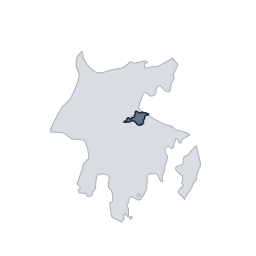 Beylagan District, Beyləqan, Azerbaijan (highlighted), rotated 243°
{"feature_id": "54616110B20470092766685", "entity_name": "Beylagan District", "entity_type": "district", "adm_level": 2, "iso_a3": "AZE", "parent_name": "Azerbaijan", "parent_adm1": "Beyləqan", "projection": "equal_earth", "projection_center": [47.705, 39.846], "detail": "fine", "context": "in_parent", "style": "filled", "palette": "slate", "viewbox_px": 256, "rotation_deg": 243, "n_neighbors": 0, "source": "geoboundaries", "source_scale": "gbopen_adm2", "svg_char_len": 4772}
<svg xmlns="http://www.w3.org/2000/svg" viewBox="0 0 256 256"><g transform="rotate(243 128 128)"><path d="M170.0,199.5L169.1,199.4L162.5,201.0L161.1,200.5L155.5,193.1L154.3,192.2L151.9,191.9L150.4,190.7L149.3,188.7L148.6,187.2L142.8,183.2L141.9,181.7L141.8,180.5L142.6,179.3L143.6,178.3L146.5,177.3L149.8,176.5L150.8,175.8L151.4,174.8L151.3,173.1L150.8,171.4L146.0,168.3L145.5,167.0L145.3,165.4L145.6,163.7L146.4,162.4L150.2,160.6L152.3,158.7L151.0,156.7L146.8,152.0L141.8,146.8L138.5,146.7L134.7,148.3L128.6,152.7L125.2,154.6L120.8,157.7L116.0,161.2L112.1,164.9L109.6,168.0L105.2,169.3L103.0,171.9L95.6,179.6L93.6,179.5L93.5,175.7L93.6,172.6L93.2,170.9L90.8,168.5L90.8,167.5L91.4,166.8L93.2,167.2L95.6,167.1L96.7,166.1L94.2,163.0L92.0,160.9L90.1,159.5L89.7,158.6L89.7,158.0L90.1,157.3L93.3,155.6L93.7,154.0L93.5,152.2L88.4,149.6L84.5,150.5L81.1,147.6L78.9,145.3L76.2,142.9L73.8,141.6L71.5,138.5L67.4,135.4L64.8,134.5L64.9,134.0L65.3,133.4L66.4,132.9L73.7,133.1L74.6,132.5L75.1,131.1L76.1,129.1L77.2,126.2L77.2,123.7L69.9,119.8L64.7,116.1L61.1,111.3L58.6,106.9L58.7,105.4L59.5,104.0L65.2,100.0L65.5,98.9L65.4,98.2L63.4,96.1L60.9,94.0L60.2,92.4L58.6,91.6L55.6,91.6L50.3,89.0L49.2,88.7L48.9,88.2L49.2,87.6L53.0,86.6L52.9,85.7L51.8,84.6L49.7,83.7L47.8,81.6L47.1,79.8L54.0,74.3L56.0,73.2L60.5,74.2L69.7,77.8L69.0,79.8L70.0,81.0L72.1,82.5L76.2,84.1L79.6,84.9L81.4,84.2L84.0,83.6L87.5,85.4L90.6,87.7L92.2,88.6L93.1,88.9L95.5,88.2L98.4,85.2L99.6,81.6L99.9,79.9L98.2,77.6L94.8,75.0L90.9,72.8L88.4,70.8L86.8,66.9L85.2,66.5L84.8,66.0L84.5,64.6L84.6,62.8L85.2,61.3L86.8,60.7L88.4,60.5L89.8,59.1L91.6,56.5L92.4,55.0L95.8,55.8L96.2,58.2L96.8,58.7L98.2,58.4L100.6,57.4L102.4,58.2L104.8,61.1L108.1,64.1L109.9,66.1L110.6,67.5L112.3,68.9L114.8,70.5L116.8,73.0L118.5,78.8L120.3,80.1L126.7,82.3L129.0,82.8L135.3,83.6L137.5,83.0L140.7,78.0L143.6,72.8L146.4,71.7L151.3,69.3L154.2,66.9L155.4,64.4L158.2,59.6L159.9,56.9L162.8,59.3L167.8,65.8L175.1,76.3L176.9,79.3L178.0,82.8L179.1,87.0L180.7,90.7L188.1,100.1L191.3,103.6L196.5,108.1L198.3,109.1L200.7,109.4L205.1,109.4L209.2,111.2L211.3,112.4L213.4,114.2L215.3,116.3L217.2,121.8L210.1,120.0L203.0,120.3L199.0,121.5L195.1,123.1L191.3,125.4L189.0,129.9L187.1,140.2L184.3,149.9L184.4,154.5L185.7,158.8L185.6,160.8L184.3,161.7L182.6,163.5L180.5,172.5L179.4,174.3L178.0,175.4L177.6,174.3L177.6,172.0L174.5,169.9L172.8,172.2L171.7,177.2L169.5,182.4L169.3,183.4L170.0,199.5ZM64.2,107.8L64.5,106.4L63.7,105.8L62.7,105.8L61.9,106.5L61.9,108.2L63.0,108.5L64.2,107.8ZM40.3,148.2L39.3,146.7L38.8,146.0L42.0,145.3L47.2,143.4L48.6,144.3L50.2,146.3L50.9,147.9L51.0,151.0L51.6,151.5L54.2,150.5L55.3,151.7L57.3,153.2L60.7,154.7L65.6,152.4L68.1,151.8L70.1,151.9L71.2,152.6L71.5,155.0L71.1,158.0L70.5,159.6L71.6,160.8L75.6,163.7L77.2,165.3L76.4,168.1L79.4,174.8L80.3,177.5L81.5,180.7L75.3,179.5L64.2,176.7L61.2,175.3L58.3,171.5L56.6,169.7L54.1,167.4L52.0,166.5L50.5,164.8L49.6,162.4L48.3,160.3L46.0,157.7L41.0,149.1L40.3,148.2ZM47.7,90.7L47.0,91.2L45.9,90.7L45.6,89.6L45.7,88.5L46.8,88.3L47.6,88.6L47.8,89.6L47.7,90.7Z" fill="#d9dde1" stroke="#a8b0b8" stroke-width="1"/><path d="M135.0,127.4L134.8,127.6L134.6,128.0L134.2,128.5L134.0,129.0L133.8,129.6L133.7,130.0L133.4,130.6L133.2,131.1L133.0,131.5L132.8,131.8L132.8,132.2L132.8,133.7L132.5,134.5L132.5,135.2L132.1,135.7L132.0,136.1L131.7,136.5L131.4,136.7L131.1,136.9L130.7,137.0L130.2,137.0L129.9,137.0L129.5,137.2L129.2,137.4L128.8,137.7L128.5,137.7L127.8,137.7L127.3,137.7L127.0,137.9L126.6,138.2L126.3,138.4L125.9,138.7L125.7,138.8L125.5,139.0L125.2,139.3L125.1,139.7L125.1,140.0L125.3,140.2L125.6,140.6L125.5,140.9L125.2,141.1L124.8,141.3L124.5,141.7L124.5,141.9L124.7,142.1L124.9,142.3L125.2,142.5L125.4,142.7L125.4,143.2L125.2,143.3L125.6,144.0L126.2,144.6L127.2,144.8L127.8,145.1L128.3,145.7L128.7,146.6L128.7,147.0L129.4,147.5L130.0,147.8L130.7,148.3L131.2,148.9L131.3,149.9L130.9,150.7L130.6,151.4L130.7,152.3L131.0,152.4L131.3,152.6L132.0,152.0L133.3,150.8L133.7,150.2L134.1,149.6L134.5,149.0L135.1,148.4L135.4,148.2L135.8,147.9L135.8,147.5L135.7,146.8L135.7,146.3L135.9,145.7L136.1,145.2L136.5,144.9L136.9,144.4L137.5,144.1L137.8,144.0L138.5,143.7L138.8,143.4L139.0,143.1L139.2,142.7L139.3,142.3L139.1,141.9L138.8,141.5L138.0,141.4L137.6,141.3L137.2,141.0L137.0,140.6L136.8,140.1L136.6,139.6L136.1,139.1L135.8,139.1L135.3,139.1L134.9,138.8L134.7,138.4L134.7,138.0L134.8,137.6L134.9,137.4L135.2,137.0L135.4,136.7L135.7,136.3L135.5,136.1L135.1,135.8L134.8,135.5L134.6,135.3L134.6,135.0L134.7,134.6L134.7,134.4L135.1,134.1L135.4,133.9L135.7,133.8L136.0,133.6L136.5,133.4L136.9,133.1L137.1,132.7L137.0,132.0L136.8,131.5L136.6,131.0L136.0,130.6L135.6,130.2L135.4,129.6L135.3,129.2L135.6,128.8L135.4,128.3L135.5,127.9L135.0,127.5L135.0,127.4Z" fill="#64748b" stroke="#1e293b" stroke-width="1.5"/></g></svg>